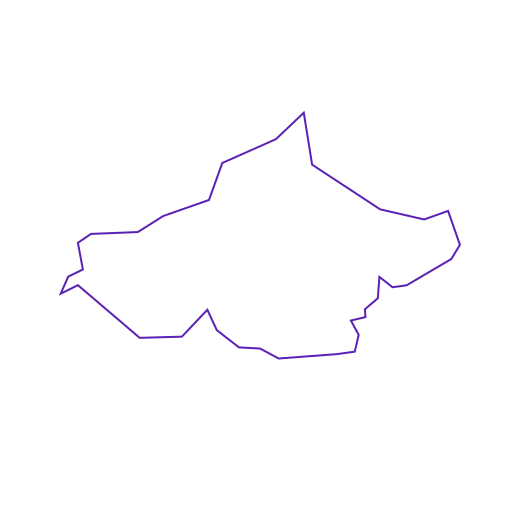 Plasnitsa, Plasnica, North Macedonia (Equal Earth projection), rotated 342°
{"feature_id": "65306769B97994960223658", "entity_name": "Plasnitsa", "entity_type": "district", "adm_level": 2, "iso_a3": "MKD", "parent_name": "North Macedonia", "parent_adm1": "Plasnica", "projection": "equal_earth", "projection_center": [21.111, 41.454], "detail": "fine", "context": "isolated", "style": "outline", "palette": "violet", "viewbox_px": 512, "rotation_deg": 342, "n_neighbors": 0, "source": "geoboundaries", "source_scale": "gbopen_adm2", "svg_char_len": 593}
<svg xmlns="http://www.w3.org/2000/svg" viewBox="0 0 512 512"><g transform="rotate(342 256 256)"><path d="M160.6,309.8L193.1,292.1L195.8,314.4L211.5,337.6L231.3,345.3L245.9,360.5L302.5,374.3L320.4,377.5L329.3,362.7L326.3,346.7L341.2,347.9L343.1,340.3L358.8,333.8L366.9,314.0L376.2,327.9L390.2,330.4L440.8,319.2L453.4,308.4L452.6,272.5L427.2,273.2L388.5,250.0L337.6,186.5L345.7,134.5L311.1,151.0L252.7,157.1L228.6,188.2L180.2,189.3L151.0,196.7L105.9,184.0L90.7,188.4L87.2,215.3L71.0,217.6L58.6,231.5L77.6,228.7L120.1,297.9L160.6,309.8Z" fill="none" stroke="#5b21b6" stroke-width="2"/></g></svg>